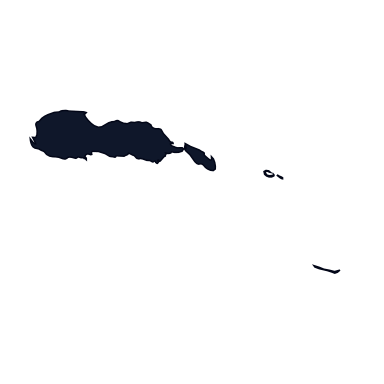 SVG path tracing the border of North Solomons, rotated 131°
{"feature_id": "PNG-1245", "entity_name": "North Solomons", "entity_type": "Province", "adm_level": 1, "iso_a3": "PNG", "parent_name": "Papua New Guinea", "parent_adm1": "", "projection": "natural_earth1", "projection_center": [155.03, -5.041], "detail": "fine", "context": "isolated", "style": "filled", "palette": "ink", "viewbox_px": 384, "rotation_deg": 131, "n_neighbors": 0, "source": "natural_earth", "source_scale": "10m", "svg_char_len": 3642}
<svg xmlns="http://www.w3.org/2000/svg" viewBox="0 0 384 384"><g transform="rotate(131 192 192)"><path d="M259.6,333.9L260.0,335.9L261.9,339.4L262.2,341.6L261.7,343.6L260.6,345.7L259.3,347.5L258.0,348.9L258.8,344.8L258.9,342.6L258.2,341.6L257.6,342.5L255.3,348.2L253.5,345.7L250.6,346.5L247.8,348.7L245.9,350.7L244.0,353.6L243.1,354.5L241.5,354.9L240.6,354.7L239.2,353.8L238.3,353.7L234.9,353.7L231.6,352.9L228.2,351.5L222.3,348.2L219.1,345.1L218.4,344.6L217.1,344.2L215.8,343.3L213.4,340.9L212.7,339.9L211.7,338.0L202.5,326.3L201.4,323.9L202.8,323.9L203.4,324.1L204.0,324.5L205.3,321.5L206.1,317.4L206.4,313.0L206.1,309.3L204.6,305.2L202.0,302.9L194.4,300.3L191.6,298.6L189.9,296.9L188.2,296.1L187.4,295.6L186.7,294.8L186.5,294.2L186.2,292.3L185.0,288.6L183.7,286.9L183.5,286.5L183.0,285.7L179.3,283.8L177.2,280.9L175.2,279.4L174.2,278.4L173.3,277.2L173.0,276.1L172.3,274.9L169.4,272.4L168.8,270.7L168.7,269.7L168.4,267.9L168.3,267.0L168.8,266.2L169.1,265.3L169.3,264.3L168.9,262.4L168.1,260.9L166.2,258.8L165.6,257.7L165.3,257.0L165.2,256.4L165.4,255.6L166.7,251.9L167.6,244.3L168.2,242.5L168.3,240.9L167.3,239.3L167.3,238.8L167.5,238.6L167.6,238.4L167.8,238.1L169.2,239.6L169.8,239.9L170.3,239.3L170.5,237.9L170.1,236.5L169.6,235.3L169.3,234.2L168.4,232.2L165.0,228.4L165.2,226.6L167.7,226.2L170.9,228.2L173.6,231.2L175.1,233.9L176.4,233.6L177.8,234.5L179.1,235.9L179.9,237.5L180.3,236.7L180.9,236.3L181.6,236.4L182.4,235.7L183.3,236.2L184.4,236.3L189.5,236.3L190.3,236.7L189.8,237.5L189.8,238.1L190.6,238.7L191.0,238.2L191.3,237.4L191.9,236.9L193.1,236.9L193.4,237.3L193.4,238.0L193.5,238.8L193.0,239.7L192.9,240.3L193.2,240.6L194.8,241.1L195.0,241.2L195.4,242.3L195.8,244.3L197.8,246.9L199.4,251.0L200.6,253.0L201.0,253.4L201.6,253.6L201.9,253.9L202.5,255.1L202.7,255.4L202.8,256.3L202.4,259.4L203.0,260.9L203.8,264.1L204.5,265.5L205.7,265.1L206.9,265.6L208.2,266.3L209.5,266.7L213.3,271.5L213.5,271.9L213.8,272.3L214.4,272.8L214.8,272.9L215.7,272.7L216.0,272.8L216.5,273.3L217.3,274.9L218.4,276.4L219.1,277.6L219.9,282.2L220.2,283.2L222.8,289.2L226.6,293.8L227.0,294.1L228.0,293.8L228.7,293.2L229.4,292.3L230.3,292.9L230.9,294.3L231.7,295.8L233.4,296.6L235.3,296.3L235.7,295.3L235.8,294.0L237.0,292.9L237.0,293.5L236.8,293.9L236.7,294.3L236.9,294.7L237.5,295.3L237.3,296.3L239.1,298.5L239.9,300.5L240.5,301.0L241.3,301.3L242.0,301.4L242.8,301.8L243.4,302.9L244.4,305.0L245.2,306.4L246.2,307.6L247.4,308.4L248.8,308.6L250.4,309.4L251.6,311.3L253.2,315.4L254.9,318.0L256.8,320.4L258.3,323.0L259.0,326.3L258.9,327.3L258.6,329.0L258.5,330.0L258.7,331.0L259.4,333.0L259.6,333.9ZM167.3,207.1L167.2,209.8L165.2,218.0L165.0,223.8L164.3,226.2L162.6,227.2L163.0,225.3L161.9,225.8L161.3,226.9L160.9,228.1L159.9,229.0L158.6,222.9L155.5,214.1L155.2,211.7L154.6,209.6L154.6,208.3L155.4,207.7L156.0,207.1L156.2,205.6L156.2,200.8L155.8,198.9L154.7,198.5L152.6,200.5L153.0,197.5L154.8,194.2L157.2,191.3L159.4,189.5L161.9,190.0L163.5,192.4L164.4,195.5L164.6,198.0L164.2,200.7L164.2,202.0L164.6,203.4L165.4,204.3L166.1,204.8L166.8,205.5L167.3,207.1ZM160.7,34.1L162.5,38.3L166.4,45.7L168.0,50.0L167.6,51.7L165.4,46.6L163.8,41.9L161.0,37.1L158.5,32.2L153.9,29.1L157.1,29.6L159.6,31.0L160.7,34.1ZM126.2,140.8L128.4,141.8L130.1,143.8L131.0,146.3L131.0,148.8L129.3,151.1L127.2,150.3L125.7,148.0L125.7,145.7L126.2,146.6L126.8,148.6L127.3,149.3L128.1,150.0L128.7,149.9L129.7,148.5L130.1,146.4L128.9,144.2L127.1,142.5L125.7,141.5L125.4,141.9L125.2,142.1L125.3,141.4L125.5,141.1L126.2,140.8ZM123.1,138.4L122.8,136.6L122.1,134.6L121.8,133.0L122.6,132.3L123.1,133.2L123.4,134.8L123.6,138.4L123.1,138.4Z" fill="#0f172a" stroke="#020617" stroke-width="1.5"/></g></svg>